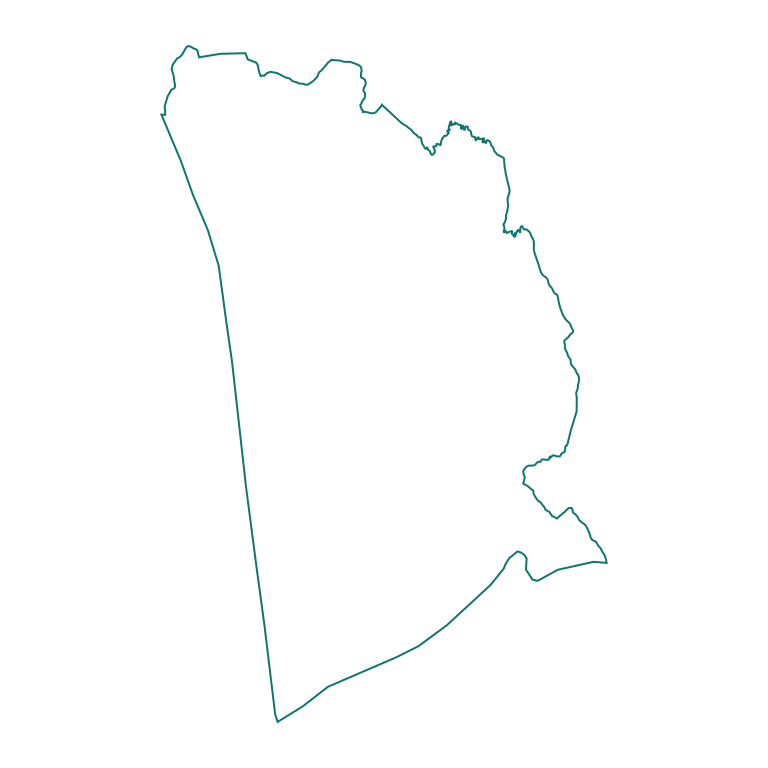 outline of Suaman, Western, Ghana
{"feature_id": "2480657B41275879010095", "entity_name": "Suaman", "entity_type": "district", "adm_level": 2, "iso_a3": "GHA", "parent_name": "Ghana", "parent_adm1": "Western", "projection": "equal_earth", "projection_center": [-2.977, 6.108], "detail": "fine", "context": "isolated", "style": "outline", "palette": "teal", "viewbox_px": 768, "rotation_deg": 0, "n_neighbors": 0, "source": "geoboundaries", "source_scale": "gbopen_adm2", "svg_char_len": 6046}
<svg xmlns="http://www.w3.org/2000/svg" viewBox="0 0 768 768"><path d="M606.6,562.9L605.9,559.1L604.3,554.6L602.2,551.6L600.6,548.3L598.2,545.6L596.1,542.0L595.5,541.4L593.3,540.5L592.3,539.9L591.4,538.9L590.7,537.7L590.3,535.7L588.7,531.4L586.7,527.2L585.5,525.3L584.8,524.5L582.5,523.0L579.2,520.1L578.7,519.3L578.0,517.5L576.0,515.0L575.3,514.1L574.0,513.5L573.4,512.9L573.0,512.2L572.1,508.8L571.6,508.0L570.1,507.9L568.8,508.1L566.4,510.0L564.5,512.1L562.4,513.7L560.3,515.7L559.8,515.7L558.7,517.0L556.9,518.5L553.9,516.7L552.3,516.3L549.5,512.0L545.9,510.0L545.3,509.4L544.7,507.7L543.8,506.4L543.2,506.0L540.6,502.3L538.3,501.0L537.8,500.5L535.1,496.6L533.8,494.1L533.1,490.5L530.8,488.8L527.9,486.2L523.2,483.6L524.8,477.5L523.7,474.7L523.2,471.2L524.6,468.8L525.6,467.6L526.5,466.7L528.5,465.7L533.5,465.5L535.2,464.7L536.9,462.7L538.8,461.6L539.3,461.8L540.6,461.7L541.7,459.6L542.4,459.3L546.7,459.9L548.5,459.7L549.0,458.6L549.8,458.4L549.9,458.2L549.7,457.0L549.8,456.7L551.4,457.0L552.4,455.6L553.1,455.4L554.5,455.5L555.9,456.1L558.7,456.5L559.7,456.4L560.6,455.5L561.3,453.8L562.7,452.8L564.5,452.1L565.1,449.9L565.4,446.5L565.6,446.1L566.5,445.7L567.0,445.1L567.6,443.6L570.7,430.9L576.6,411.5L576.8,397.3L576.4,395.4L576.2,393.0L576.5,391.8L577.5,389.4L577.9,386.7L577.8,385.9L579.0,380.8L578.9,377.8L578.2,374.8L576.7,373.1L575.4,369.8L574.6,368.5L572.0,365.8L571.3,364.5L570.9,363.3L570.5,359.4L568.6,356.9L568.0,355.8L567.0,352.5L565.2,349.3L564.8,344.3L564.2,341.7L564.3,340.7L564.7,340.2L568.1,337.4L570.2,334.6L572.9,332.2L573.2,331.0L573.1,330.2L571.5,327.7L570.0,323.8L569.6,323.2L565.6,319.4L562.9,314.9L560.4,308.4L559.0,303.4L557.6,296.2L557.2,294.9L554.7,293.3L553.7,292.0L552.4,289.0L551.1,287.2L550.1,286.2L549.1,284.8L548.5,283.3L548.1,281.2L547.7,279.7L547.0,278.5L545.9,277.4L543.1,275.4L541.4,273.2L540.6,271.6L538.3,263.6L537.2,260.9L534.1,251.3L533.8,249.0L533.9,242.5L533.7,240.8L533.3,239.7L530.9,235.2L530.3,233.2L529.6,232.1L526.7,229.4L525.2,229.5L524.0,229.3L523.6,228.9L522.3,226.4L521.5,226.2L521.1,226.5L520.4,227.9L520.2,232.1L519.7,232.1L518.8,231.0L518.3,230.0L517.9,230.1L516.7,231.8L516.2,233.8L515.8,233.8L515.0,233.3L514.8,234.0L515.4,235.2L515.4,236.1L515.0,236.7L514.1,236.5L512.7,234.5L511.8,233.7L511.8,233.1L512.2,232.6L512.2,232.4L511.9,231.9L512.1,231.3L511.8,231.1L509.3,231.8L506.9,233.0L506.4,232.5L506.1,231.4L505.2,231.3L504.3,232.2L504.0,232.2L503.8,231.9L503.8,230.3L504.1,230.1L504.6,230.3L504.4,229.3L504.5,228.2L503.9,226.0L503.8,225.2L503.4,224.4L504.8,222.4L505.4,220.8L505.9,218.5L506.1,214.9L507.3,211.5L507.5,209.2L508.2,205.7L507.6,201.1L507.7,197.7L509.1,194.0L509.7,190.5L505.6,173.1L505.4,170.6L504.8,168.6L504.0,159.2L503.7,158.1L503.0,157.5L497.3,154.6L496.6,153.8L495.6,152.4L494.3,151.2L493.8,149.4L493.2,147.7L491.1,145.1L490.6,143.0L490.0,141.5L489.2,141.2L488.1,140.4L487.2,140.2L486.5,141.7L486.1,142.7L485.8,143.0L485.1,142.3L484.6,140.6L484.4,140.4L484.0,140.5L483.6,142.0L483.4,142.3L482.9,142.3L482.5,141.9L482.5,141.3L482.8,140.5L483.7,139.0L483.8,138.5L483.3,138.3L482.2,138.8L478.9,139.1L478.6,138.9L478.7,137.6L478.4,137.4L477.4,137.8L477.0,138.4L476.5,139.8L476.3,140.1L475.7,140.1L475.3,139.3L475.0,137.1L472.8,136.6L472.2,136.3L471.7,135.6L471.3,134.3L471.0,132.0L470.3,130.9L468.0,129.2L467.7,128.7L467.9,127.2L467.4,126.5L466.4,126.5L465.5,126.7L465.0,127.4L464.8,129.6L464.2,129.8L463.3,128.8L463.2,126.3L463.0,125.8L462.7,125.6L462.2,125.6L461.9,128.4L461.4,128.8L461.0,128.3L460.7,125.6L460.3,124.9L458.5,124.6L457.5,124.1L455.5,122.6L455.2,122.7L455.0,123.1L454.9,124.1L454.2,124.4L453.3,124.0L452.8,124.1L451.8,125.4L451.2,125.5L451.0,125.3L451.0,124.0L451.4,122.9L451.4,122.1L451.0,121.5L450.2,122.1L450.0,123.4L449.1,125.8L448.8,127.1L448.7,128.6L449.6,129.5L449.7,130.1L449.5,130.3L447.3,130.7L447.4,131.5L447.6,131.9L448.3,132.2L448.6,132.6L448.5,133.5L447.4,134.2L446.6,135.6L444.3,136.0L443.8,136.3L443.4,137.3L442.4,138.3L441.2,141.3L440.8,143.7L440.8,144.7L440.6,145.0L440.1,145.1L439.6,144.6L437.0,143.8L436.5,144.1L436.3,146.0L435.0,146.5L434.0,146.3L433.4,146.4L433.3,146.9L434.6,150.2L435.0,151.9L433.4,154.1L432.3,154.9L432.0,154.9L431.6,154.7L430.5,153.1L429.8,151.0L427.7,149.4L427.5,147.7L427.0,147.5L425.7,148.8L425.2,148.6L422.0,143.3L421.2,138.6L420.6,137.5L418.8,137.4L416.4,134.9L414.0,133.1L412.8,131.9L411.5,130.2L406.6,126.2L401.8,123.3L381.9,104.8L381.6,105.6L380.9,106.5L377.3,110.6L376.0,112.1L374.3,112.9L372.7,113.4L369.7,112.9L364.9,111.7L363.7,112.1L362.9,112.0L363.0,111.1L363.0,110.5L361.9,109.7L361.4,108.9L361.3,108.2L360.3,105.7L360.5,104.7L361.3,103.8L361.7,102.2L361.9,101.7L362.5,101.3L362.8,100.7L362.8,100.3L363.1,99.7L364.6,98.5L364.8,96.7L365.0,96.0L364.9,92.8L363.7,91.4L363.5,90.8L363.4,90.0L364.2,87.0L365.0,86.2L365.7,84.1L365.6,82.5L365.4,81.5L364.7,79.5L363.5,78.8L363.0,78.2L361.4,77.6L360.9,76.8L361.1,72.6L361.6,71.3L361.2,67.5L359.8,65.8L357.2,64.4L350.4,61.9L343.7,61.8L340.4,60.6L332.1,60.0L331.8,59.7L329.3,61.7L328.2,62.3L326.6,64.5L321.1,70.8L319.5,71.8L318.2,74.1L317.5,76.6L313.6,80.7L308.2,84.5L305.9,84.8L303.5,83.8L299.0,83.5L296.5,82.2L292.5,81.2L289.8,78.6L285.3,77.3L276.9,73.0L271.8,72.1L270.8,71.7L267.0,73.1L263.9,75.8L262.4,75.5L260.7,76.1L259.7,73.8L258.7,70.0L257.7,65.0L256.9,63.5L255.4,62.1L253.7,61.7L247.7,59.3L245.5,53.2L220.4,53.8L199.1,57.3L198.2,54.0L197.5,50.7L196.4,49.5L193.6,48.4L190.8,46.7L188.7,46.1L187.3,46.4L185.7,48.2L182.2,54.5L179.8,57.1L177.3,58.2L172.9,64.3L171.6,68.9L173.8,76.5L174.4,82.4L175.1,84.7L174.8,87.5L173.7,88.7L171.4,89.6L167.6,96.4L164.7,106.2L164.8,108.5L165.1,109.5L165.2,114.8L161.4,114.6L180.9,161.0L192.8,194.5L207.9,230.3L218.7,265.7L226.2,321.2L232.0,361.4L246.1,487.5L256.7,568.5L264.4,624.9L275.2,714.5L277.6,721.9L302.8,706.3L327.9,686.8L396.4,657.2L418.4,646.2L447.0,625.1L490.8,584.7L503.8,568.5L505.7,563.7L509.2,558.2L517.4,551.5L520.4,552.2L524.3,554.8L526.6,558.4L526.0,569.7L530.9,577.2L532.3,579.5L537.0,580.8L538.7,580.3L557.6,569.8L593.6,561.8L606.6,562.9Z" fill="none" stroke="#0f766e" stroke-width="2"/></svg>